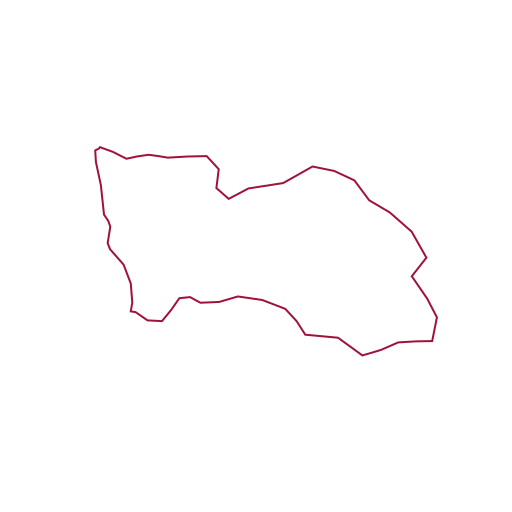 map outline of San Cristóbal (orthographic projection), rotated 127°
{"feature_id": "DOM-1984", "entity_name": "San Cristóbal", "entity_type": "Province", "adm_level": 1, "iso_a3": "DOM", "parent_name": "Dominican Republic", "parent_adm1": "", "projection": "orthographic", "projection_center": [-70.18, 18.517], "detail": "fine", "context": "isolated", "style": "outline", "palette": "rose", "viewbox_px": 512, "rotation_deg": 127, "n_neighbors": 0, "source": "natural_earth", "source_scale": "10m", "svg_char_len": 844}
<svg xmlns="http://www.w3.org/2000/svg" viewBox="0 0 512 512"><g transform="rotate(127 256 256)"><path d="M375.6,322.7L367.6,326.8L353.3,339.5L342.6,356.5L338.4,376.7L335.0,382.2L320.3,390.0L317.0,394.9L314.4,402.3L292.8,422.5L277.3,440.4L268.5,447.9L264.6,446.1L263.0,446.1L259.0,433.1L256.3,418.0L248.1,410.9L239.8,402.7L235.0,394.2L230.5,385.6L217.7,370.5L205.9,355.5L209.1,338.0L225.6,328.5L226.8,312.2L206.6,302.7L181.4,278.2L150.5,264.7L141.0,244.7L136.4,222.9L143.4,199.1L140.7,175.3L142.9,146.3L154.8,118.9L178.4,119.4L187.0,93.7L196.1,74.6L217.9,64.1L228.4,77.5L239.5,90.5L256.0,99.8L271.4,111.2L271.9,141.3L289.2,169.3L283.6,184.3L280.6,200.8L287.4,224.6L299.2,246.1L314.9,257.8L326.8,272.3L328.5,283.9L335.8,291.8L350.3,291.3L364.6,291.9L372.7,303.9L373.3,318.4L375.6,322.7Z" fill="none" stroke="#9f1239" stroke-width="2"/></g></svg>